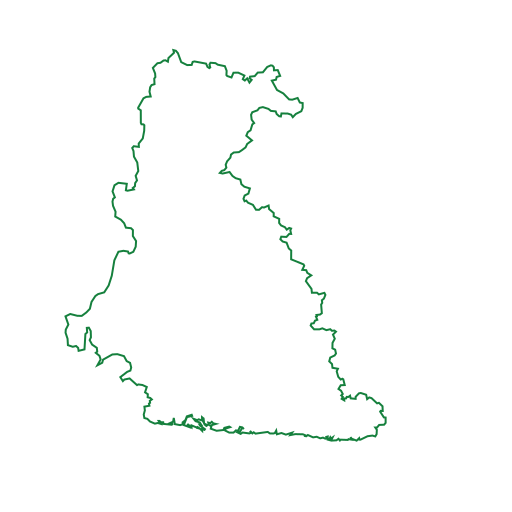 Maharashtra, Robinson projection, rotated 285°
{"feature_id": "IND-2447", "entity_name": "Maharashtra", "entity_type": "State", "adm_level": 1, "iso_a3": "IND", "parent_name": "India", "parent_adm1": "", "projection": "robinson", "projection_center": [76.089, 18.818], "detail": "fine", "context": "isolated", "style": "outline", "palette": "green", "viewbox_px": 512, "rotation_deg": 285, "n_neighbors": 0, "source": "natural_earth", "source_scale": "10m", "svg_char_len": 6009}
<svg xmlns="http://www.w3.org/2000/svg" viewBox="0 0 512 512"><g transform="rotate(285 256 256)"><path d="M115.1,418.6L112.6,417.9L112.7,415.0L110.8,410.4L105.6,404.4L105.4,403.4L106.7,402.8L103.7,401.0L104.3,395.7L105.5,394.2L103.8,395.3L103.6,398.1L103.0,392.7L102.1,392.3L100.5,385.3L99.5,384.8L100.8,383.0L98.8,381.4L97.2,376.6L97.2,374.5L98.9,376.6L100.5,376.9L99.2,375.8L100.2,374.7L98.6,374.4L97.6,372.6L100.2,372.0L99.4,370.7L98.0,371.5L97.5,370.2L97.9,367.7L96.5,365.2L97.1,361.4L95.6,358.1L96.5,352.4L94.9,351.2L94.8,349.9L95.6,349.9L95.9,347.4L94.1,340.0L91.9,335.5L94.7,336.6L91.2,331.1L91.6,326.4L89.2,322.3L92.6,320.7L89.8,320.0L89.0,318.6L88.2,315.3L89.1,312.9L84.3,301.5L85.1,299.4L83.7,298.4L85.5,295.5L83.9,297.0L82.9,295.5L82.0,288.7L80.2,287.2L80.8,284.0L82.3,286.1L85.9,287.0L86.4,287.9L85.7,289.1L86.9,287.2L86.8,284.7L83.3,284.1L82.1,282.7L82.4,281.8L79.6,280.0L78.5,275.8L79.4,271.5L81.2,271.0L84.0,275.3L84.3,274.3L81.8,269.9L79.5,269.6L77.0,263.2L77.5,257.0L79.7,257.0L80.3,255.6L83.4,260.6L83.3,258.0L84.4,256.2L82.8,255.2L82.7,253.0L81.2,253.9L79.0,252.0L79.7,250.5L80.4,251.1L80.8,249.2L83.2,248.3L81.6,248.0L85.8,246.7L86.3,245.6L83.2,246.5L83.4,242.9L82.2,241.7L82.6,237.9L80.8,240.4L80.7,244.7L78.7,246.9L78.5,245.1L77.7,245.9L75.5,251.5L74.7,251.2L74.7,248.7L73.2,249.2L74.7,246.5L74.7,244.3L75.4,244.7L75.7,243.6L75.0,242.9L75.7,237.6L73.8,238.1L76.0,233.2L73.5,235.7L74.0,230.0L82.5,231.0L85.0,235.7L86.0,235.0L83.2,230.7L79.2,230.3L76.3,228.2L74.7,229.0L73.0,226.5L72.6,221.1L78.3,218.5L74.5,218.8L72.1,215.9L71.7,217.7L72.7,219.2L71.2,218.3L69.6,208.4L70.5,209.8L71.4,209.4L70.8,207.3L71.7,205.5L71.5,204.7L69.2,207.2L69.3,204.4L67.9,201.7L68.7,196.4L70.6,193.2L70.6,190.1L73.8,188.6L78.1,188.6L81.6,187.2L83.8,191.8L85.7,190.8L86.8,191.7L88.6,190.9L90.5,192.5L91.5,190.6L91.5,187.9L94.5,187.3L95.6,184.1L101.2,184.4L102.0,179.7L101.5,175.6L100.5,174.5L105.0,165.6L102.6,160.8L100.7,159.8L103.9,156.3L110.8,161.6L112.8,164.3L116.0,164.3L120.2,162.0L121.0,158.3L125.1,154.4L125.3,147.5L123.7,142.7L116.3,135.1L113.1,135.1L109.4,131.1L115.9,132.7L119.1,130.6L121.0,126.3L122.5,127.4L126.1,126.0L128.0,120.6L131.7,117.1L134.7,117.6L140.7,115.8L143.5,113.1L142.8,111.2L138.5,112.7L136.5,111.4L121.4,114.5L118.5,109.2L121.2,108.0L122.5,105.5L120.9,102.5L121.2,97.4L127.3,95.4L132.6,91.9L135.7,91.3L141.2,92.5L148.4,87.6L151.9,91.6L152.0,99.0L153.1,103.2L157.5,106.7L162.0,109.2L169.1,109.0L175.8,111.2L178.3,113.3L181.6,118.8L189.4,121.3L199.6,121.8L215.2,120.3L224.5,122.0L226.7,126.6L227.2,131.2L225.6,132.3L225.7,133.3L228.3,136.4L233.8,137.4L239.4,136.3L243.4,131.9L249.2,130.4L250.5,128.1L249.7,123.0L253.5,120.2L256.1,116.1L257.7,109.8L262.4,108.9L267.5,104.9L271.4,103.3L274.3,103.2L276.1,104.5L281.3,100.7L287.7,101.0L291.1,104.2L292.3,112.5L285.8,113.3L285.8,115.0L288.7,120.8L289.8,119.4L292.0,121.0L295.2,120.4L298.2,121.5L302.3,119.0L307.6,120.3L315.6,117.1L320.4,112.4L325.7,110.5L328.3,108.5L330.4,109.5L331.1,114.6L334.3,113.6L340.2,116.2L348.0,115.6L353.4,114.3L354.0,113.3L353.6,111.3L354.8,110.3L366.9,107.0L367.9,104.1L368.8,103.8L379.2,106.5L381.3,108.8L382.8,113.0L387.1,110.6L391.6,110.1L394.1,110.9L395.7,113.5L401.0,111.8L402.8,112.5L406.2,111.3L411.0,107.7L416.7,110.9L417.9,113.7L420.9,116.1L421.6,117.9L420.9,120.6L424.6,120.2L431.1,124.2L433.5,122.9L433.5,125.5L431.7,128.1L423.9,133.6L422.6,140.1L423.9,144.4L427.1,144.6L428.0,146.2L428.9,158.0L426.1,160.2L425.4,162.3L426.3,163.0L428.9,161.5L430.9,162.0L431.8,167.0L430.9,169.5L431.3,176.8L427.3,179.7L423.1,180.6L422.4,181.6L422.1,186.1L427.2,186.8L428.5,191.4L427.3,198.1L423.4,197.5L422.6,199.8L425.3,201.5L421.8,204.8L425.0,206.2L426.0,203.8L427.7,203.8L429.4,208.2L433.6,210.2L435.2,215.1L441.5,217.9L444.0,221.0L444.1,222.7L442.9,224.4L440.0,225.3L441.2,228.9L436.2,232.7L434.3,229.6L431.5,229.7L429.5,225.9L421.8,233.3L420.1,240.3L415.8,247.5L416.4,250.6L419.4,255.3L415.6,258.6L415.8,261.5L411.2,262.7L407.6,262.3L403.5,257.7L399.6,255.6L401.6,253.4L401.8,249.8L400.3,243.7L397.2,243.9L397.0,242.2L398.5,239.2L400.8,237.6L400.0,232.8L401.3,230.0L401.6,224.1L399.9,220.9L397.1,219.7L393.9,215.2L391.1,214.7L386.6,216.5L383.9,219.8L382.2,218.4L376.0,218.2L373.5,216.0L369.7,215.5L366.6,222.2L362.0,218.5L358.2,217.8L354.6,215.0L351.9,212.6L350.2,207.7L347.5,205.6L344.4,205.8L340.0,203.6L336.3,203.1L333.7,204.5L330.7,203.1L329.4,200.9L326.9,199.6L327.0,202.4L330.3,208.7L327.2,212.6L325.9,216.2L325.8,221.1L321.6,223.3L319.9,226.8L319.7,232.6L314.3,232.5L311.5,229.4L308.0,229.1L305.9,230.8L307.0,232.2L305.4,234.5L304.6,239.8L300.7,244.0L301.4,247.0L304.7,249.2L304.9,251.2L308.0,255.1L304.7,256.5L302.1,262.0L298.9,262.8L297.9,268.8L293.9,269.8L292.0,272.3L291.3,276.5L289.4,278.9L291.7,280.8L291.6,282.8L289.7,282.5L286.4,284.2L286.0,282.4L282.3,280.5L281.2,275.4L278.5,275.2L276.9,278.0L276.8,282.1L271.8,285.7L270.4,288.6L261.9,290.8L260.2,304.1L259.1,305.1L254.6,304.3L255.3,308.2L253.0,309.9L251.6,314.4L247.8,311.1L244.6,310.7L238.6,318.1L235.0,319.5L236.3,324.5L235.2,326.6L238.1,331.6L236.4,333.1L232.4,332.6L230.3,331.1L227.9,332.1L225.9,331.5L217.8,334.4L216.0,333.0L214.7,329.7L213.6,330.4L213.0,329.6L210.2,331.7L208.8,329.7L206.0,329.2L205.1,327.0L203.0,326.8L200.2,331.1L201.6,336.3L203.3,338.8L202.6,343.2L204.5,346.7L203.4,348.7L204.3,351.0L203.6,352.8L200.0,350.7L196.5,353.5L191.9,352.4L186.6,353.7L186.0,356.7L182.5,358.5L180.3,357.7L177.1,354.0L173.2,354.0L171.3,357.4L167.8,358.8L168.3,364.3L165.5,363.8L160.6,366.7L158.6,369.8L159.8,371.2L159.5,372.2L154.3,375.1L153.1,371.3L148.9,370.1L147.9,373.0L145.2,375.5L143.4,374.4L142.4,376.3L140.2,375.7L139.4,378.6L141.2,378.0L141.8,379.9L143.4,380.1L143.8,381.8L145.4,383.0L143.0,384.3L143.8,389.2L145.8,388.7L150.0,391.0L150.8,392.7L150.5,398.3L146.5,400.4L148.7,402.0L148.6,404.4L145.0,411.1L146.0,412.7L143.6,417.1L139.1,418.5L138.7,416.5L137.8,416.2L133.2,421.3L133.5,423.0L128.4,424.4L126.2,423.4L124.7,418.7L121.7,417.3L121.2,415.6L119.4,417.7L115.1,418.6Z" fill="none" stroke="#15803d" stroke-width="2"/></g></svg>